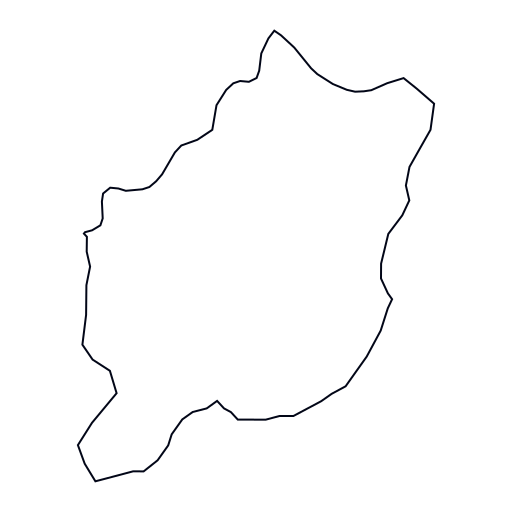 outline of Kaechon City, P'yŏngan-namdo, North Korea
{"feature_id": "82179303B11143169061479", "entity_name": "Kaechon City", "entity_type": "district", "adm_level": 2, "iso_a3": "PRK", "parent_name": "North Korea", "parent_adm1": "P'yŏngan-namdo", "projection": "albers", "projection_center": [125.98, 39.701], "detail": "fine", "context": "isolated", "style": "outline", "palette": "ink", "viewbox_px": 512, "rotation_deg": 0, "n_neighbors": 0, "source": "geoboundaries", "source_scale": "gbopen_adm2", "svg_char_len": 1231}
<svg xmlns="http://www.w3.org/2000/svg" viewBox="0 0 512 512"><path d="M95.4,481.3L105.3,478.7L119.3,475.0L133.2,471.3L143.6,471.4L157.6,460.3L168.2,445.4L171.7,434.3L182.3,419.4L192.7,412.0L206.7,408.4L217.1,400.9L224.0,408.4L230.9,412.1L237.8,419.6L241.3,419.6L248.2,419.6L265.6,419.7L279.5,416.0L293.4,416.0L307.3,408.6L321.2,401.2L331.7,393.8L345.6,386.3L356.1,371.5L366.7,356.6L380.7,330.6L387.8,308.3L392.1,299.2L387.9,293.4L381.0,278.5L381.1,263.6L384.7,248.8L388.3,233.9L402.3,215.3L409.3,200.4L405.9,185.5L409.5,166.9L420.0,148.3L430.5,129.8L434.1,103.7L416.9,88.8L403.6,78.1L387.2,83.2L371.3,90.2L363.9,91.3L355.1,91.7L346.8,89.8L333.0,84.1L317.3,74.1L311.1,68.3L294.3,47.6L281.0,35.3L274.3,30.7L268.4,38.4L261.3,53.4L259.2,70.7L256.6,78.0L248.9,81.8L240.1,81.0L233.3,83.3L226.2,89.9L216.5,105.2L212.3,129.8L197.3,139.8L194.5,140.8L181.3,145.5L174.9,152.4L162.1,174.3L156.2,181.2L149.4,187.0L142.4,189.3L125.8,190.8L118.4,188.5L110.2,187.7L103.1,193.5L101.9,201.5L102.7,218.4L100.4,225.3L92.1,230.3L85.0,232.2L83.9,233.6L86.9,236.8L86.7,251.7L90.1,266.6L86.4,285.2L86.1,314.9L82.4,344.7L92.6,359.6L109.9,370.8L116.6,393.2L92.0,422.8L77.9,445.1L84.7,463.7L95.4,481.3Z" fill="none" stroke="#020617" stroke-width="2"/></svg>